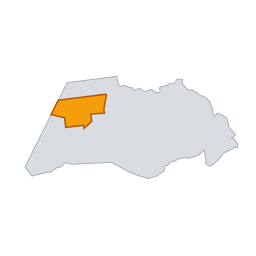 location of Fada, Ennedi, Chad, rotated 263°
{"feature_id": "50815135B99861554638026", "entity_name": "Fada", "entity_type": "district", "adm_level": 2, "iso_a3": "TCD", "parent_name": "Chad", "parent_adm1": "Ennedi", "projection": "equal_earth", "projection_center": [20.845, 18.83], "detail": "fine", "context": "in_parent", "style": "filled", "palette": "amber", "viewbox_px": 256, "rotation_deg": 263, "n_neighbors": 0, "source": "geoboundaries", "source_scale": "gbopen_adm2", "svg_char_len": 3764}
<svg xmlns="http://www.w3.org/2000/svg" viewBox="0 0 256 256"><g transform="rotate(263 128 128)"><path d="M180.3,73.0L180.4,78.9L180.4,84.9L180.5,90.8L180.5,96.8L180.5,102.7L180.6,108.7L180.6,114.6L180.7,120.6L180.7,122.6L180.6,123.4L180.5,123.5L180.3,123.6L177.9,123.1L176.9,123.1L175.4,123.5L173.3,123.7L171.9,123.7L171.0,124.7L170.2,125.9L170.6,128.9L170.5,129.9L170.2,130.9L169.6,131.8L168.9,132.5L168.5,133.1L168.1,134.5L167.7,135.1L167.7,135.9L167.6,136.8L167.2,137.3L166.2,137.6L165.6,138.0L165.1,138.7L164.7,139.1L164.9,139.8L165.2,140.6L165.3,141.9L165.4,142.7L165.9,143.4L166.2,143.8L166.3,144.4L166.0,144.8L164.8,145.8L164.3,146.2L163.8,146.6L163.6,146.8L162.7,147.8L162.2,148.6L162.0,149.2L162.0,150.2L162.5,151.6L163.0,152.8L163.2,153.7L163.3,154.7L163.2,155.6L163.0,156.4L162.5,157.1L160.9,158.5L160.0,160.0L159.4,161.9L159.2,162.9L159.4,163.5L159.7,164.1L160.2,164.4L161.0,164.5L162.2,164.2L163.3,164.0L164.5,164.6L165.1,166.2L164.9,167.3L165.3,169.3L165.8,171.8L165.7,172.6L165.9,172.9L166.6,173.1L166.8,173.7L166.6,178.0L166.9,179.2L167.4,180.1L168.0,180.6L168.6,181.1L168.9,181.5L169.5,181.6L170.3,182.4L170.5,183.5L170.4,184.5L170.0,186.7L169.7,188.2L169.2,188.1L168.3,187.7L167.3,187.4L166.0,187.2L164.7,187.8L163.4,188.5L162.9,189.1L162.6,189.5L162.0,189.4L161.4,189.5L161.1,190.1L160.6,190.7L158.7,191.9L158.3,192.4L158.0,192.9L158.0,193.4L158.2,194.4L158.2,195.7L157.8,196.7L157.3,197.4L156.7,197.7L156.2,197.8L155.9,198.3L154.9,200.6L154.5,201.1L153.6,201.0L151.0,204.6L150.8,205.6L149.8,207.1L148.6,208.7L147.6,209.5L147.5,209.8L147.2,210.2L146.6,210.5L144.3,212.5L141.6,212.4L140.4,213.2L139.2,213.6L137.5,214.0L137.0,213.9L134.8,214.1L132.2,214.0L131.2,214.3L130.3,215.1L129.6,215.8L129.5,216.0L129.6,216.3L129.6,216.5L131.4,218.1L131.8,218.9L131.4,219.7L131.1,219.8L130.8,220.5L129.8,222.4L128.2,224.5L127.3,225.2L127.0,225.6L126.6,227.0L126.3,227.2L125.2,227.4L123.0,227.6L120.0,228.1L118.2,228.2L117.0,228.1L115.5,229.1L114.9,229.4L114.5,229.4L113.0,230.4L111.7,231.9L111.2,232.2L109.3,232.9L108.6,233.9L108.3,234.0L107.1,232.6L106.3,231.4L105.9,230.1L105.9,229.7L105.6,229.8L105.0,230.3L104.4,231.0L104.2,232.2L102.3,233.0L100.6,233.7L99.9,234.6L98.8,235.0L97.3,234.8L96.2,234.5L95.1,234.4L95.6,233.3L95.8,232.4L95.9,231.4L95.8,230.8L95.1,230.4L94.7,229.9L93.8,226.7L92.8,223.5L91.5,220.3L90.0,218.2L88.9,217.0L88.5,216.8L88.0,216.4L87.6,216.1L85.6,213.9L83.6,211.5L83.1,210.4L82.0,208.7L80.9,207.0L80.3,206.3L80.1,204.9L80.9,203.6L81.7,202.0L82.8,200.9L84.1,200.9L86.3,201.3L88.7,201.5L91.1,201.1L91.7,200.9L92.3,200.9L93.6,201.3L95.9,201.2L97.0,200.6L95.8,199.5L94.4,197.7L93.2,195.8L92.5,194.1L91.8,191.9L91.2,189.1L90.8,185.6L90.9,183.5L91.1,182.1L91.8,179.8L91.3,178.4L91.4,177.3L91.4,175.6L91.2,174.8L90.3,172.1L90.2,171.8L89.4,169.9L89.1,166.8L88.3,164.7L86.9,163.7L86.1,162.5L85.8,160.3L85.3,159.7L83.1,159.0L81.3,159.0L80.0,156.5L78.4,153.4L76.8,150.5L75.9,144.7L75.3,141.4L76.0,140.4L77.3,138.1L79.0,133.5L82.8,126.6L84.7,123.0L88.6,117.7L93.3,111.2L95.9,107.5L96.4,100.8L96.9,93.8L97.3,88.4L97.8,82.1L98.2,76.9L98.5,73.0L98.9,67.6L99.2,66.6L101.1,62.3L101.2,61.8L100.9,61.0L98.4,57.4L97.6,56.6L97.2,54.8L97.8,53.7L94.8,47.7L94.1,46.9L93.7,46.2L93.7,45.1L93.7,41.0L93.0,34.4L92.0,26.9L95.7,24.7L98.4,23.1L101.9,21.0L105.1,23.1L109.8,26.2L114.4,29.3L119.1,32.4L123.8,35.5L128.4,38.6L133.1,41.7L137.8,44.9L142.5,48.0L147.2,51.1L151.9,54.2L156.6,57.3L161.4,60.5L166.1,63.6L170.8,66.7L175.6,69.9L180.3,73.0Z" fill="#d9dde1" stroke="#a8b0b8" stroke-width="1"/><path d="M145.5,106.4L149.5,106.3L163.5,110.6L164.1,110.2L164.3,109.5L164.1,62.1L150.7,53.3L145.9,66.3L136.2,66.3L136.1,84.2L133.0,84.3L137.9,91.2L139.0,92.8L146.1,92.6L146.4,93.7L145.5,106.4L145.5,106.4Z" fill="#f59e0b" stroke="#b45309" stroke-width="1.5"/></g></svg>